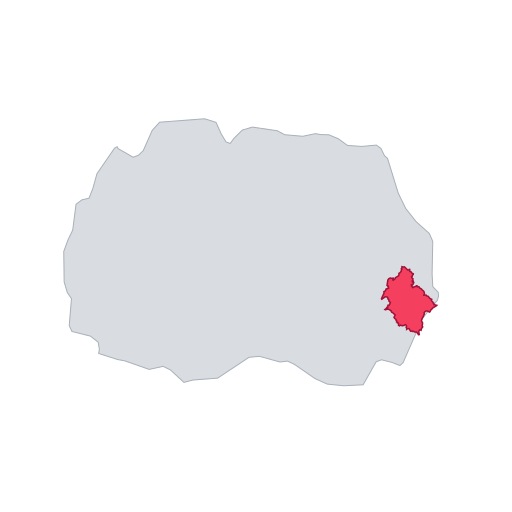 Berovo, Berovo, North Macedonia (highlighted), rotated 20°
{"feature_id": "65306769B82535052466784", "entity_name": "Berovo", "entity_type": "district", "adm_level": 2, "iso_a3": "MKD", "parent_name": "North Macedonia", "parent_adm1": "Berovo", "projection": "orthographic", "projection_center": [22.828, 41.67], "detail": "fine", "context": "in_parent", "style": "filled", "palette": "rose", "viewbox_px": 512, "rotation_deg": 20, "n_neighbors": 0, "source": "geoboundaries", "source_scale": "gbopen_adm2", "svg_char_len": 3386}
<svg xmlns="http://www.w3.org/2000/svg" viewBox="0 0 512 512"><g transform="rotate(20 256 256)"><path d="M233.5,131.1L241.5,132.2L259.0,127.5L270.0,120.7L275.5,119.7L282.9,117.2L293.4,117.7L304.1,120.8L317.8,116.9L331.2,110.6L336.6,112.2L342.3,117.7L346.2,119.3L368.2,148.3L380.4,160.1L394.8,169.0L411.2,175.6L417.1,181.8L427.6,212.6L432.6,224.3L439.6,227.8L441.3,231.2L441.6,235.6L433.8,257.3L430.7,305.9L428.7,309.7L420.4,309.5L409.4,310.6L405.1,314.3L400.7,340.4L382.9,347.9L366.8,352.0L353.2,351.0L329.3,344.7L321.5,344.0L314.8,347.4L293.5,349.1L284.1,353.6L261.7,383.9L239.2,394.1L231.5,399.4L214.5,392.3L206.4,391.5L194.4,399.1L168.5,399.4L161.5,400.6L141.5,401.4L140.7,397.2L137.2,391.0L127.9,387.9L108.9,389.9L104.3,385.3L97.2,359.2L91.2,354.9L84.6,346.0L73.8,317.5L73.8,305.1L74.9,294.4L69.2,268.9L73.3,262.7L79.3,258.8L79.6,248.6L78.4,233.1L86.2,203.0L88.1,200.8L89.9,202.3L106.7,205.2L111.1,201.5L114.0,195.5L115.5,173.4L119.7,163.2L160.8,144.6L172.7,144.1L181.7,153.3L188.9,159.1L193.3,159.0L194.9,153.3L200.1,142.3L208.5,136.1L233.3,131.0L233.5,131.1Z" fill="#d9dde1" stroke="#a8b0b8" stroke-width="1"/><path d="M409.9,218.9L408.4,218.8L407.1,217.8L405.8,217.9L405.0,216.0L404.5,216.2L404.5,216.8L403.4,217.3L399.2,215.4L398.1,216.0L396.8,216.1L397.2,216.9L396.9,218.3L397.6,218.5L397.4,219.9L397.7,220.6L397.0,222.5L396.2,223.4L396.8,225.0L396.7,225.9L394.5,228.6L394.5,229.7L393.3,231.8L392.7,231.7L392.6,229.9L390.5,230.8L389.7,230.7L388.5,232.0L388.1,233.5L389.2,238.9L390.4,239.0L390.5,239.8L391.0,239.8L391.6,240.9L390.4,242.1L389.6,242.3L389.5,244.5L388.4,245.6L389.0,247.4L388.7,250.4L388.5,253.3L389.0,253.6L391.4,250.1L393.4,249.7L394.0,250.0L394.7,251.3L395.6,251.4L396.5,253.1L398.2,253.7L398.0,256.6L396.8,257.2L397.4,259.1L397.2,259.6L396.6,259.5L396.3,260.9L395.4,262.2L395.9,262.3L398.1,260.8L399.5,260.8L401.7,261.2L402.0,261.9L402.9,262.5L403.6,262.4L407.0,263.9L406.6,266.4L407.6,267.2L409.2,267.7L409.8,268.8L410.6,269.1L410.7,269.9L411.5,270.0L411.7,270.5L412.9,270.4L413.6,272.4L414.8,272.6L415.4,271.5L417.3,271.6L417.7,271.1L418.8,270.7L419.8,269.4L421.1,269.8L421.5,270.4L421.4,271.6L422.5,272.6L422.7,273.3L423.3,272.4L424.6,271.9L427.0,273.8L427.6,273.4L428.8,273.4L429.0,273.0L431.6,273.1L433.0,272.5L435.6,274.4L436.3,274.0L435.1,271.9L434.8,271.0L434.8,270.5L435.1,269.5L435.6,269.3L436.5,269.4L436.5,268.8L436.3,267.5L436.9,266.0L436.8,265.5L436.5,265.5L436.1,264.8L435.9,264.3L435.8,263.2L435.6,262.4L435.1,261.4L434.4,261.1L433.7,260.4L433.6,260.0L433.5,259.5L433.5,258.7L433.6,257.2L433.8,256.1L434.0,255.1L433.9,254.7L433.9,254.2L434.0,253.1L433.4,251.8L433.7,250.7L434.3,249.8L435.4,249.1L436.8,249.2L438.2,249.4L438.4,249.3L438.6,248.6L438.6,248.3L438.7,247.1L439.3,246.0L439.6,245.2L440.0,244.3L440.4,243.6L441.3,242.7L442.2,241.5L442.7,240.8L442.8,240.5L439.8,240.8L439.3,239.6L438.6,239.7L438.0,238.8L436.2,238.0L435.7,237.1L435.9,236.6L433.7,236.3L431.7,235.0L429.9,235.1L429.2,234.5L427.2,235.4L427.1,233.5L425.8,231.8L423.4,230.9L422.8,230.4L420.8,230.1L420.0,229.3L419.0,229.5L418.1,229.1L417.9,229.7L417.0,229.1L415.8,230.6L414.9,231.0L414.4,232.0L413.9,232.1L413.2,231.3L412.3,231.0L411.9,229.9L412.8,229.7L412.7,229.3L413.2,229.0L413.4,227.1L412.4,225.9L411.9,226.8L411.4,226.4L411.4,223.8L409.9,223.2L409.3,222.4L409.8,221.7L409.6,220.5L410.1,219.5L409.9,218.9Z" fill="#f43f5e" stroke="#9f1239" stroke-width="1.5"/></g></svg>